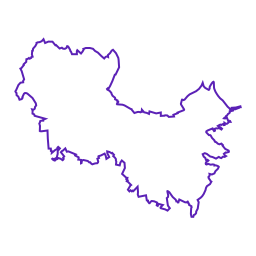 Miercurea Nirajului, Mures, Romania (Mercator projection)
{"feature_id": "2599482B57064602938407", "entity_name": "Miercurea Nirajului", "entity_type": "district", "adm_level": 2, "iso_a3": "ROU", "parent_name": "Romania", "parent_adm1": "Mures", "projection": "mercator", "projection_center": [24.768, 46.543], "detail": "fine", "context": "isolated", "style": "outline", "palette": "violet", "viewbox_px": 256, "rotation_deg": 0, "n_neighbors": 0, "source": "geoboundaries", "source_scale": "gbopen_adm2", "svg_char_len": 5832}
<svg xmlns="http://www.w3.org/2000/svg" viewBox="0 0 256 256"><path d="M226.0,156.1L224.9,155.4L223.9,153.8L225.6,152.5L226.0,152.7L228.7,152.0L228.9,151.3L228.6,150.6L225.2,148.9L222.5,145.6L222.9,145.1L221.4,143.6L219.4,144.3L217.7,143.6L216.3,142.2L215.3,142.0L214.7,141.4L214.6,140.6L212.0,137.9L210.7,135.5L210.2,135.1L208.9,135.1L206.3,132.4L206.3,131.4L207.6,130.5L212.4,128.5L212.5,129.2L213.1,129.5L214.1,131.1L214.8,130.9L215.0,130.5L214.5,128.9L216.2,128.3L217.2,128.5L219.1,128.1L221.4,129.5L222.0,128.7L220.4,127.3L219.1,126.9L217.9,125.9L219.8,124.8L220.7,124.6L221.2,125.0L223.1,124.0L223.7,125.1L224.6,125.0L224.5,122.8L225.9,123.8L226.9,123.8L228.3,122.7L228.5,121.9L230.5,121.9L230.1,121.1L229.0,121.4L228.8,120.9L228.3,121.2L226.9,117.7L225.1,118.5L224.0,118.3L224.5,117.7L225.8,117.0L226.0,116.1L227.1,115.4L227.9,114.1L229.5,113.0L229.8,112.4L229.7,111.4L233.0,110.6L233.2,109.5L233.8,108.8L234.9,109.4L239.4,107.7L239.8,107.1L240.6,107.1L240.4,106.3L235.9,107.5L231.6,107.8L231.4,108.9L230.2,109.7L229.6,108.5L227.6,106.7L222.7,100.4L220.1,98.3L218.1,95.9L216.7,93.8L215.4,91.6L214.2,88.6L214.0,87.3L213.8,82.2L213.5,81.8L212.7,82.2L211.6,83.6L209.9,86.4L209.6,87.2L209.7,88.2L209.1,89.7L208.7,89.9L205.2,87.9L203.7,86.3L202.7,82.8L201.5,85.6L199.1,88.8L196.1,91.2L189.6,94.4L187.5,96.2L184.7,99.5L183.6,100.1L182.1,99.6L181.9,99.9L180.9,103.8L181.0,104.4L184.1,109.4L184.1,109.8L183.8,110.2L177.5,112.6L177.7,113.2L173.4,114.8L174.0,116.5L168.8,116.9L167.4,115.5L165.7,115.3L165.0,115.3L164.5,115.7L160.8,115.9L160.8,112.5L156.2,113.4L149.5,111.4L149.0,113.9L146.8,112.9L144.1,112.3L141.9,109.7L141.7,111.9L141.1,111.8L140.6,112.3L138.7,111.9L137.5,112.0L134.4,113.0L131.7,109.7L131.6,109.2L130.6,108.9L124.5,105.4L122.5,104.7L117.1,104.3L116.9,104.0L117.5,102.5L118.0,102.4L118.3,101.9L118.2,101.5L117.5,101.1L117.4,100.5L116.9,100.5L116.7,100.0L115.1,99.3L115.2,98.5L115.0,97.7L112.5,95.7L111.5,93.7L111.3,92.8L109.4,90.7L107.3,89.6L107.0,89.0L108.0,88.1L108.6,88.5L110.1,86.0L112.4,81.0L114.8,74.7L115.6,74.6L119.1,67.3L118.6,59.9L118.3,57.9L116.0,53.2L113.0,49.8L111.7,50.6L110.0,53.2L108.0,55.0L108.1,57.0L107.0,56.4L105.6,56.9L104.2,58.5L101.3,56.0L97.9,52.6L95.1,51.0L93.0,48.8L89.9,48.0L85.8,48.0L83.4,48.9L83.7,49.5L82.6,51.5L81.0,53.5L77.3,50.2L76.9,51.0L76.8,52.2L76.9,54.2L72.0,54.2L71.1,51.9L70.3,50.9L70.3,50.4L69.8,49.3L68.5,47.0L67.7,46.2L67.1,46.2L66.5,47.9L64.9,48.8L63.1,48.7L61.9,47.7L59.6,48.5L56.0,45.0L55.4,45.3L52.5,41.7L48.4,41.6L45.1,43.0L43.5,39.2L41.7,41.2L39.7,42.1L37.5,42.4L36.5,42.9L36.6,43.7L35.3,46.1L33.1,48.6L32.8,50.7L32.2,50.8L31.9,54.5L32.6,56.7L31.4,57.0L31.2,57.9L29.9,58.6L29.5,58.7L28.9,58.0L27.7,58.9L26.4,59.2L26.2,61.9L23.6,64.3L23.5,64.7L23.8,64.7L23.9,65.0L21.3,68.2L20.4,68.6L21.7,71.2L24.1,79.3L23.1,81.0L23.2,82.3L20.5,82.7L18.4,85.0L16.2,90.0L15.4,91.3L15.8,92.3L16.5,93.0L16.6,95.2L18.3,96.6L19.5,99.7L21.7,99.1L22.6,97.8L22.3,97.3L24.0,93.7L25.0,93.0L26.6,93.2L27.5,93.7L32.5,98.0L35.8,103.3L36.2,105.4L35.0,107.0L34.8,108.5L34.4,109.1L33.4,109.7L32.1,109.4L32.6,110.7L32.5,113.6L34.2,114.4L34.6,115.8L45.4,118.8L43.2,119.8L43.2,120.7L41.3,120.7L40.2,121.1L39.9,122.5L39.3,123.5L40.0,125.9L39.8,131.0L40.1,131.2L41.5,131.3L47.5,130.5L47.8,138.5L48.6,148.6L50.8,148.6L50.9,150.8L51.5,150.7L51.9,151.4L51.8,152.9L55.2,150.0L56.9,149.1L57.4,148.5L57.4,147.7L58.2,146.9L59.9,148.4L57.7,151.0L57.7,153.8L56.7,157.7L54.5,158.9L53.6,159.0L52.5,158.6L52.2,158.9L53.1,159.8L54.4,160.5L55.0,160.5L55.9,159.5L57.4,159.0L58.2,158.0L60.7,158.8L62.6,160.2L63.0,159.9L63.7,158.9L63.1,157.8L64.2,156.4L60.9,152.2L61.9,151.1L62.9,150.6L65.3,148.4L66.8,151.7L68.4,151.4L75.7,154.4L74.9,155.0L75.1,155.5L78.6,157.3L78.7,157.9L78.3,159.6L81.0,159.9L81.0,163.3L81.5,163.1L82.0,160.4L83.4,160.0L87.8,161.0L89.3,162.4L90.2,162.3L91.3,163.7L92.3,164.3L95.1,163.4L97.3,163.2L98.0,162.4L98.2,161.5L97.4,158.7L99.0,158.0L98.4,156.5L98.5,156.2L100.6,155.6L104.6,153.6L105.7,155.7L106.4,158.9L109.2,157.1L107.3,153.2L107.2,151.4L109.5,152.0L111.9,153.4L112.3,153.0L114.0,154.8L113.2,156.1L114.9,157.6L115.9,159.1L115.9,160.6L116.3,161.6L116.0,164.6L119.7,165.4L120.4,162.5L121.8,160.5L124.5,162.8L124.9,168.0L122.1,173.9L126.5,177.9L127.4,177.9L127.3,178.3L126.3,178.9L126.3,179.5L127.7,180.3L126.9,181.3L127.8,181.7L131.1,185.0L130.4,185.5L127.9,189.7L129.4,191.4L130.6,190.3L131.9,191.4L132.8,190.6L133.4,191.1L137.6,186.7L138.0,192.0L137.8,194.6L138.6,196.8L146.0,195.3L146.8,200.4L148.0,200.6L148.0,201.6L149.2,203.2L149.6,203.2L150.7,201.7L151.7,201.0L154.1,201.3L157.0,202.5L157.2,202.8L156.9,204.0L157.4,204.3L156.8,205.4L157.7,205.9L158.6,203.9L162.8,205.0L160.7,207.2L160.5,207.8L160.8,208.2L165.2,209.4L167.5,210.6L169.8,208.2L167.9,205.6L166.8,198.1L168.0,197.0L168.2,195.4L167.4,191.7L167.4,191.2L167.7,191.1L169.3,192.2L172.7,197.0L175.7,199.7L176.4,201.5L177.7,201.4L178.0,201.7L178.0,202.4L178.4,202.4L179.3,199.5L185.1,202.3L186.4,202.4L187.7,201.6L188.4,202.7L188.3,203.3L189.2,204.2L189.1,204.9L191.4,206.2L191.6,207.4L191.2,208.0L191.0,210.9L190.9,214.0L191.1,215.2L191.5,216.8L193.3,216.8L193.7,215.1L195.2,214.3L196.1,213.1L196.2,211.5L197.7,208.7L198.7,202.2L197.6,199.9L200.7,197.7L202.2,196.2L203.7,194.0L205.5,190.1L206.0,187.9L206.9,186.2L210.0,184.1L211.4,181.6L210.5,181.0L209.8,179.6L209.1,178.9L209.0,178.2L208.5,177.8L208.5,176.8L209.5,175.8L209.7,174.8L209.5,173.9L211.9,174.5L214.4,173.4L215.4,171.2L217.8,168.9L218.8,166.9L218.3,166.3L216.7,165.6L215.4,165.3L214.5,165.5L214.5,165.0L214.0,164.6L212.7,164.4L210.6,164.7L208.0,163.8L206.7,164.5L205.9,164.2L205.7,163.2L206.5,161.6L207.5,161.4L208.4,160.5L207.4,159.7L205.9,159.8L205.3,157.9L203.7,156.6L202.7,154.2L204.8,153.2L206.8,153.9L210.2,156.5L212.5,157.0L216.0,158.6L218.8,156.9L220.3,157.8L221.3,158.1L222.9,156.7L224.7,156.9L226.0,156.1Z" fill="none" stroke="#5b21b6" stroke-width="2"/></svg>